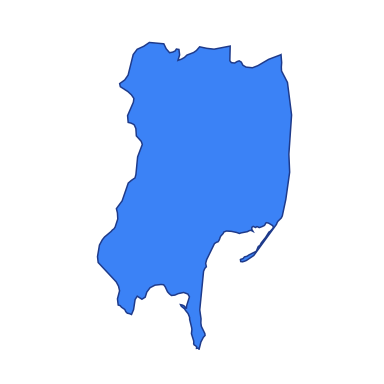 map outline of Pomeranian (Robinson projection), rotated 102°
{"feature_id": "POL-3140", "entity_name": "Pomeranian", "entity_type": "Voivodeship", "adm_level": 1, "iso_a3": "POL", "parent_name": "Poland", "parent_adm1": "", "projection": "robinson", "projection_center": [18.491, 54.136], "detail": "fine", "context": "isolated", "style": "filled", "palette": "blue", "viewbox_px": 384, "rotation_deg": 102, "n_neighbors": 0, "source": "natural_earth", "source_scale": "10m", "svg_char_len": 2730}
<svg xmlns="http://www.w3.org/2000/svg" viewBox="0 0 384 384"><g transform="rotate(102 192 192)"><path d="M329.6,149.4L331.8,150.7L336.9,152.1L344.9,152.4L344.5,152.5L343.4,152.5L343.5,153.1L343.8,154.5L344.0,155.1L342.4,155.3L341.6,156.7L341.1,158.1L340.2,158.8L338.7,159.0L337.3,159.4L330.7,163.1L326.6,163.5L324.9,164.1L316.9,167.9L315.6,168.1L314.3,168.8L311.7,170.6L309.1,173.8L308.5,174.3L307.8,175.1L306.0,178.7L304.6,179.8L304.6,177.8L305.0,176.2L305.8,175.0L306.7,174.3L306.7,173.3L304.3,173.6L295.1,172.7L292.7,174.8L292.0,179.3L294.3,184.4L296.4,187.3L297.5,190.6L296.3,193.0L294.7,195.2L290.2,198.6L288.6,200.5L288.9,203.1L290.8,208.8L294.3,213.1L299.3,215.4L304.6,215.9L307.3,218.7L305.3,223.9L309.0,225.3L319.2,224.7L324.4,225.7L324.0,227.9L324.0,230.1L322.8,231.9L320.9,233.3L319.3,237.1L318.1,238.6L317.9,240.7L312.0,242.7L303.7,242.3L299.4,244.3L295.7,247.4L280.5,269.1L274.9,271.0L263.1,271.5L257.4,269.8L254.2,268.2L247.4,262.9L245.7,262.0L244.3,260.7L242.3,259.9L233.8,259.0L227.9,260.6L224.0,262.5L215.2,258.5L196.5,256.2L193.2,253.7L190.1,250.7L186.5,250.5L168.9,252.5L155.8,250.5L153.0,252.2L148.7,258.1L141.6,260.1L138.3,262.5L137.7,264.2L137.3,266.1L137.2,268.9L130.7,270.9L116.4,268.0L112.6,268.3L109.6,271.4L107.1,275.6L103.9,284.0L101.0,285.3L96.4,281.1L90.9,278.8L69.8,278.1L63.8,275.3L59.5,269.5L54.6,264.8L52.9,250.4L57.3,247.0L60.4,242.9L59.2,240.0L57.5,237.8L55.4,237.0L55.3,234.4L60.5,232.6L66.2,233.1L64.3,230.0L62.0,227.4L59.1,225.4L55.2,219.4L52.7,217.1L48.4,214.7L48.4,207.4L47.7,200.1L41.3,185.0L55.7,182.3L57.3,180.4L57.0,177.1L55.0,175.0L53.9,173.1L54.7,170.8L57.4,168.6L58.6,165.1L57.9,158.7L54.7,153.8L46.3,144.6L39.3,133.7L39.1,133.5L46.8,131.2L51.2,130.6L55.0,129.6L65.0,121.4L96.0,110.6L134.9,105.1L152.3,100.6L179.7,98.7L196.6,98.7L198.9,99.3L202.7,101.8L204.0,102.3L206.2,102.7L241.3,118.4L247.7,124.6L248.7,126.1L249.8,128.1L249.9,129.9L248.0,130.6L247.6,130.2L247.1,129.2L246.5,128.2L244.6,127.2L243.3,124.7L241.6,123.1L236.7,116.9L235.8,116.6L232.2,116.0L231.3,115.7L230.3,114.5L227.4,113.7L221.2,110.6L215.2,108.4L214.2,107.3L210.9,105.4L210.0,105.1L208.8,105.5L208.1,106.2L206.7,110.0L206.5,110.9L206.5,112.8L207.0,113.3L209.5,114.1L210.0,114.6L211.3,116.3L212.8,118.7L212.7,119.7L212.3,120.6L212.4,121.5L213.5,122.4L212.9,125.0L214.1,126.1L216.0,125.8L217.8,124.2L217.2,126.4L218.0,128.1L219.3,129.6L221.9,135.7L222.7,137.0L222.3,140.0L222.3,145.3L223.0,150.2L224.5,152.5L226.1,152.9L229.2,154.7L230.8,155.1L232.2,155.2L233.9,155.6L235.4,156.3L236.0,157.5L237.8,159.3L255.1,163.6L259.0,163.8L262.2,162.4L263.1,163.1L264.3,163.6L267.1,164.2L305.7,159.9L314.2,156.8L318.3,156.1L321.5,154.9L327.8,150.0L329.6,149.4Z" fill="#3b82f6" stroke="#1e3a8a" stroke-width="1.5"/></g></svg>